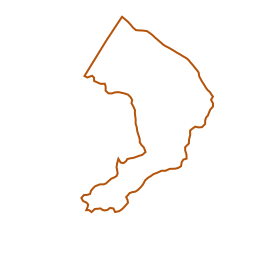 Rio Novo do Sul, Espírito Santo, Brazil, rotated 213°
{"feature_id": "56859067B31153561373586", "entity_name": "Rio Novo do Sul", "entity_type": "district", "adm_level": 2, "iso_a3": "BRA", "parent_name": "Brazil", "parent_adm1": "Espírito Santo", "projection": "mercator", "projection_center": [-40.93, -20.784], "detail": "fine", "context": "isolated", "style": "outline", "palette": "amber", "viewbox_px": 256, "rotation_deg": 213, "n_neighbors": 0, "source": "geoboundaries", "source_scale": "gbopen_adm2", "svg_char_len": 2100}
<svg xmlns="http://www.w3.org/2000/svg" viewBox="0 0 256 256"><g transform="rotate(213 128 128)"><path d="M112.8,37.6L111.7,42.0L109.0,44.1L107.2,45.6L104.7,45.4L102.5,46.3L100.7,48.0L99.5,51.2L96.4,52.6L93.1,50.5L90.2,53.3L88.9,56.3L88.3,58.7L87.9,61.2L87.3,65.3L89.4,67.6L91.9,69.0L91.5,71.5L91.2,74.3L89.3,76.7L87.2,78.6L86.0,81.2L85.2,84.7L84.7,88.8L85.1,93.5L84.0,97.4L82.5,100.5L81.4,103.4L79.8,105.4L78.2,107.8L76.4,110.6L73.3,112.5L70.7,116.5L68.1,118.3L65.9,119.9L64.0,122.1L62.7,124.9L64.4,128.6L64.4,131.6L62.2,134.2L64.5,137.6L67.7,140.2L69.6,143.0L69.1,145.6L68.5,148.1L70.6,151.8L72.1,156.2L74.5,159.6L73.7,162.4L72.4,165.7L69.2,166.9L66.4,169.0L65.5,173.4L67.4,176.4L68.2,179.2L67.8,182.1L68.6,185.6L69.0,188.5L68.4,192.2L70.2,195.0L73.7,196.9L73.9,200.6L76.3,201.5L79.0,202.8L81.9,203.2L85.3,204.5L88.2,206.0L91.3,207.3L96.4,210.1L99.0,213.0L102.1,214.2L104.7,215.0L108.3,216.2L111.4,217.0L113.6,217.8L115.8,218.3L118.2,218.3L121.4,218.1L124.3,218.1L128.3,217.8L131.1,217.8L133.3,217.7L135.9,217.6L138.7,217.4L141.3,217.1L143.9,217.1L146.5,217.5L150.2,218.0L155.4,218.7L157.7,219.2L161.1,219.5L164.9,219.6L169.0,217.6L171.5,216.1L174.7,214.4L178.8,215.0L182.2,216.1L186.1,217.1L190.7,217.7L193.6,218.0L193.8,189.5L192.8,147.9L189.6,148.2L186.5,152.3L183.9,151.7L182.0,149.0L178.1,149.6L174.8,150.2L171.6,152.5L169.3,150.6L167.1,147.1L163.3,146.4L160.4,148.2L158.3,150.8L155.5,152.9L152.4,154.1L149.4,155.2L146.0,156.0L142.5,155.2L139.7,153.7L138.6,150.7L135.0,148.8L131.8,146.7L130.6,144.6L128.7,142.2L126.5,139.7L123.9,135.7L121.2,133.5L119.5,131.5L117.8,129.7L115.0,127.5L112.1,125.0L110.2,122.3L107.4,121.1L103.9,120.2L100.2,117.4L101.4,113.2L103.8,110.4L105.4,108.2L107.1,106.0L109.7,103.7L111.6,101.6L111.6,99.0L112.6,96.2L115.3,95.0L119.3,96.9L117.8,92.2L116.2,88.8L114.0,86.5L112.0,84.4L111.4,81.5L112.7,78.9L114.4,76.4L115.5,72.5L116.2,69.7L117.6,67.6L121.0,65.3L123.9,61.1L124.5,58.3L124.8,55.2L123.9,52.0L125.7,49.8L128.5,47.7L129.0,43.9L125.9,42.3L122.4,42.8L119.8,42.2L118.8,39.6L118.2,36.4L116.1,37.9L112.8,37.6Z" fill="none" stroke="#b45309" stroke-width="2"/></g></svg>